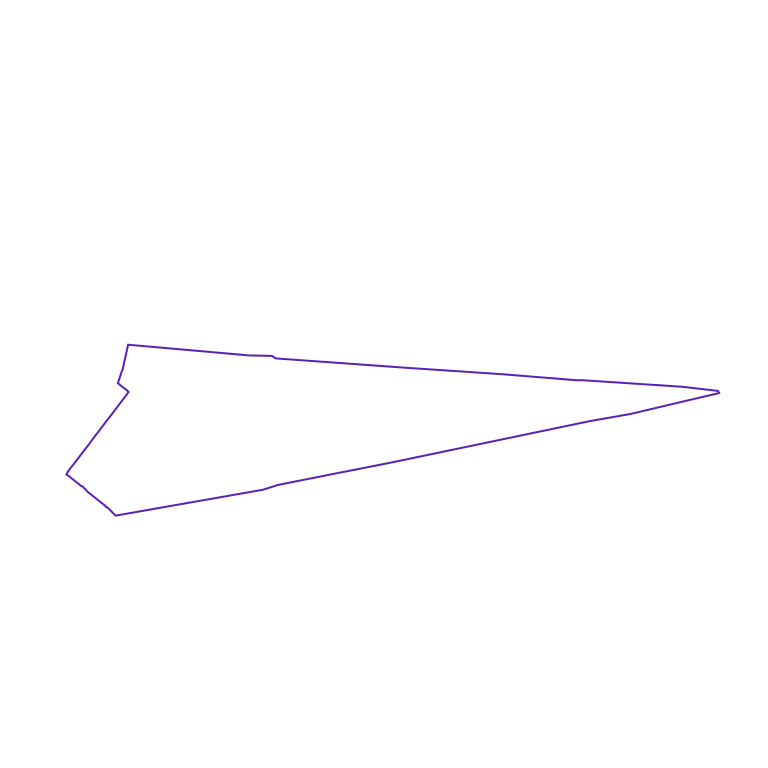 the district of Port Fuad 2, Bur Sa`id, Egypt, rotated 260°
{"feature_id": "37247803B45623855174262", "entity_name": "Port Fuad 2", "entity_type": "district", "adm_level": 2, "iso_a3": "EGY", "parent_name": "Egypt", "parent_adm1": "Bur Sa`id", "projection": "albers", "projection_center": [32.32, 31.171], "detail": "fine", "context": "isolated", "style": "outline", "palette": "violet", "viewbox_px": 768, "rotation_deg": 260, "n_neighbors": 0, "source": "geoboundaries", "source_scale": "gbopen_adm2", "svg_char_len": 982}
<svg xmlns="http://www.w3.org/2000/svg" viewBox="0 0 768 768"><g transform="rotate(260 384 384)"><path d="M301.0,96.7L300.9,246.7L303.0,262.0L303.5,284.2L305.5,380.8L308.6,480.3L311.7,579.7L311.7,621.7L315.1,680.1L316.9,712.5L319.2,711.7L329.4,677.5L353.6,578.8L354.1,574.9L372.7,503.7L397.3,403.9L428.0,281.8L431.1,278.6L435.6,255.9L467.1,138.8L445.8,130.0L444.8,129.5L444.3,129.4L443.8,129.3L442.6,128.3L437.8,125.7L431.0,122.1L427.2,125.3L425.5,126.9L423.2,129.1L420.5,131.1L419.4,130.0L413.2,123.3L410.1,119.9L401.8,111.0L398.1,106.9L390.5,98.6L386.2,94.1L383.9,91.4L379.4,86.6L377.6,84.7L375.8,82.9L373.9,80.8L371.0,77.6L368.7,75.1L365.5,71.6L362.8,68.7L360.1,65.7L355.1,60.1L354.8,59.8L354.5,59.5L352.6,57.5L352.3,57.3L352.1,57.2L350.0,55.5L348.3,57.4L336.0,68.2L335.5,69.4L335.0,69.7L334.5,69.9L332.0,71.8L329.3,73.4L315.8,85.3L312.3,88.6L311.5,88.6L311.0,88.9L310.7,89.4L310.7,89.6L310.7,90.0L309.8,90.8L301.0,96.7Z" fill="none" stroke="#5b21b6" stroke-width="2"/></g></svg>